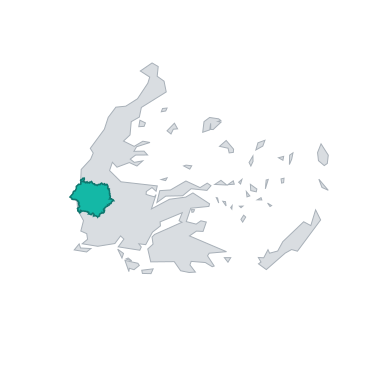 Dytikis Makedonias, Dytiki Makedonia, Greece shown in context, rotated 311°
{"feature_id": "26713481B79624114853188", "entity_name": "Dytikis Makedonias", "entity_type": "district", "adm_level": 2, "iso_a3": "GRC", "parent_name": "Greece", "parent_adm1": "Dytiki Makedonia", "projection": "natural_earth1", "projection_center": [21.387, 40.387], "detail": "fine", "context": "in_parent", "style": "filled", "palette": "teal", "viewbox_px": 384, "rotation_deg": 311, "n_neighbors": 0, "source": "geoboundaries", "source_scale": "gbopen_adm2", "svg_char_len": 8859}
<svg xmlns="http://www.w3.org/2000/svg" viewBox="0 0 384 384"><g transform="rotate(311 192 192)"><path d="M249.4,73.6L263.2,77.2L264.5,84.2L256.5,89.8L257.3,98.2L250.6,106.9L222.6,98.3L214.0,103.1L205.2,100.0L194.4,107.8L185.5,106.9L188.5,118.4L198.1,121.6L201.8,127.8L189.8,120.5L184.6,121.5L191.4,129.0L190.8,134.2L182.9,125.2L176.3,123.8L176.5,129.0L183.2,134.4L175.5,133.4L173.1,125.4L161.5,119.1L162.2,112.4L154.1,115.7L153.1,131.7L173.8,161.8L169.0,164.4L169.1,158.9L162.4,157.2L160.1,158.9L161.4,162.0L163.7,166.8L166.5,166.6L152.6,172.5L171.8,179.8L184.0,190.6L191.9,193.3L194.6,213.0L192.2,214.2L178.9,201.7L165.9,207.1L170.5,216.2L176.1,217.6L178.7,222.5L169.5,226.2L165.4,221.0L157.2,218.9L169.6,257.2L157.1,245.1L154.0,245.6L150.7,257.3L148.9,256.3L147.5,248.3L139.1,236.9L135.6,238.3L133.8,247.1L129.4,242.7L125.1,235.1L127.8,224.3L112.2,206.7L120.0,196.0L127.1,196.8L131.8,191.4L135.4,191.6L162.6,204.3L161.8,201.1L170.0,198.2L148.5,187.5L145.7,190.4L135.7,188.5L121.9,191.6L118.0,185.8L117.2,189.8L113.8,190.8L102.2,172.3L111.8,171.5L112.0,166.9L102.5,167.6L89.2,156.5L80.9,143.1L87.8,144.2L91.5,139.9L89.6,133.7L99.2,128.9L103.4,117.5L109.6,111.3L107.8,103.4L124.8,102.7L136.3,93.6L150.2,94.0L156.6,91.9L158.2,86.6L181.8,84.7L193.4,79.8L206.1,78.9L213.3,85.7L226.6,89.7L245.1,87.3L251.0,84.7L249.4,73.6ZM189.4,289.3L198.3,287.2L196.7,290.7L203.7,295.4L214.1,293.1L242.8,295.8L244.6,303.7L259.6,297.0L255.3,307.4L216.5,310.4L213.9,304.9L206.9,302.4L182.2,299.0L181.4,289.3L184.4,290.0L186.1,285.0L189.4,289.3ZM171.9,166.8L179.4,174.4L196.3,180.2L200.6,195.2L208.7,197.7L209.2,202.2L203.0,202.2L193.9,189.2L183.0,187.4L171.7,174.9L161.0,172.4L171.9,166.8ZM259.8,156.4L264.7,164.1L264.9,166.8L262.2,165.3L263.9,168.1L253.0,167.0L251.5,165.1L256.1,161.0L250.5,164.6L244.1,160.9L253.0,154.9L259.8,156.4ZM302.3,275.4L298.7,274.5L298.6,266.9L304.1,260.9L313.0,257.8L309.2,270.7L302.3,275.4ZM251.6,195.3L249.0,197.2L245.9,194.4L248.7,190.5L244.5,182.8L253.3,184.0L251.6,195.3ZM96.4,186.3L102.7,197.9L102.0,200.4L95.3,199.2L93.3,194.7L90.5,196.6L96.4,186.3ZM83.0,152.8L77.6,151.8L71.0,141.1L78.8,140.9L76.6,144.6L83.0,152.8ZM232.4,133.6L230.2,139.7L227.1,136.7L222.0,138.1L221.8,133.0L232.4,133.6ZM272.4,209.5L278.9,213.1L273.1,215.3L265.6,212.6L272.4,209.5ZM213.6,111.5L210.1,112.8L206.4,109.0L212.0,105.6L213.6,111.5ZM100.0,205.4L108.5,213.1L103.5,214.6L98.0,208.0L100.0,205.4ZM236.8,239.0L234.3,240.4L231.6,235.4L236.1,231.0L236.8,239.0ZM219.8,206.2L220.1,213.7L212.6,204.2L219.8,206.2ZM284.9,279.3L282.7,293.7L280.7,287.1L284.9,279.3ZM100.7,180.6L96.2,182.5L100.1,173.4L100.7,180.6ZM167.9,264.3L162.6,265.2L163.7,259.5L167.9,264.3ZM276.6,247.5L283.9,241.5L287.8,242.5L282.2,245.7L276.6,247.5ZM250.2,219.4L251.7,215.7L259.2,214.3L255.1,218.0L250.2,219.4ZM228.0,232.7L227.0,238.2L224.4,236.7L228.0,232.7ZM227.5,215.8L225.6,218.8L221.0,214.2L227.5,215.8ZM211.6,174.6L207.8,175.3L206.2,168.6L208.4,169.9L211.6,174.6ZM239.0,118.1L235.9,119.0L232.4,116.2L235.7,115.0L239.0,118.1ZM208.4,246.2L208.3,249.0L202.5,250.0L203.4,246.9L208.4,246.2ZM251.5,241.3L242.5,245.3L249.7,240.1L251.5,241.3ZM204.3,215.2L201.2,219.4L203.7,214.0L204.3,215.2ZM234.3,221.4L229.9,223.4L230.0,220.8L234.3,221.4ZM262.8,252.4L259.2,255.0L257.5,253.8L260.3,250.6L262.8,252.4ZM279.0,237.8L275.6,239.8L274.6,234.8L279.0,237.8ZM206.7,223.6L203.8,226.9L205.2,221.3L206.7,223.6ZM100.3,187.1L100.5,191.7L98.1,186.1L100.3,187.1ZM233.0,247.8L231.8,249.9L228.9,246.4L233.0,247.8ZM186.4,163.9L183.3,164.6L181.2,160.6L186.4,163.9ZM180.3,205.5L178.0,206.3L176.6,205.3L178.4,203.2L180.3,205.5ZM208.1,231.2L205.2,233.3L205.6,231.4L208.1,231.2ZM233.2,256.3L234.0,261.0L232.2,260.4L233.2,256.3ZM214.8,239.7L212.3,239.3L212.4,237.1L214.8,239.7Z" fill="#d9dde1" stroke="#a8b0b8" stroke-width="1"/><path d="M130.6,100.5L130.3,100.6L129.9,100.7L129.7,100.7L129.2,100.6L128.9,100.4L128.4,100.1L127.8,100.2L127.8,100.3L127.7,100.4L127.6,100.6L127.4,100.7L127.3,101.0L127.4,101.4L127.4,101.6L127.1,101.6L126.9,101.6L126.7,101.6L126.4,101.7L126.4,101.8L126.2,102.0L125.9,102.1L125.7,102.4L125.4,102.6L125.3,102.8L125.1,102.7L124.7,102.8L124.5,102.7L124.4,102.4L124.1,102.3L123.9,101.9L123.7,101.7L123.6,101.4L123.4,101.3L123.2,101.3L122.4,101.2L121.7,101.4L121.0,101.0L120.6,101.0L120.3,101.0L118.9,102.3L118.7,102.4L118.3,102.5L118.0,102.6L117.7,102.7L117.4,102.8L116.8,102.9L116.4,102.9L116.2,102.9L116.0,103.0L115.8,103.0L115.7,102.7L115.3,102.4L115.1,102.4L114.7,102.2L114.4,102.3L114.2,102.4L113.7,102.5L113.0,103.1L112.7,103.2L112.1,103.2L108.2,103.2L108.4,105.1L108.4,105.3L108.2,105.7L108.1,105.8L107.8,106.1L108.0,106.4L108.3,106.4L108.4,106.6L108.4,106.9L108.3,107.2L108.4,107.3L108.5,107.4L109.0,107.8L109.5,108.3L109.8,108.8L110.1,109.3L110.3,109.6L110.3,110.7L110.3,111.0L110.4,111.5L110.2,111.5L110.1,112.0L110.0,112.3L109.9,112.4L110.1,112.9L110.1,113.0L110.0,113.3L109.9,113.5L109.7,113.7L109.4,113.6L109.0,113.8L108.9,113.8L108.8,114.0L108.7,114.2L108.8,114.4L108.5,114.5L108.2,114.7L107.9,114.9L107.9,115.0L107.8,115.3L107.9,115.6L107.9,116.0L107.7,116.1L107.6,116.3L107.4,116.7L106.8,116.9L106.7,116.8L106.5,116.7L106.4,116.5L106.2,116.4L105.9,116.5L105.4,116.5L105.2,116.6L104.9,116.5L104.9,116.4L104.7,116.3L104.4,116.3L104.2,116.6L104.1,116.8L104.1,117.0L104.0,117.3L103.8,117.6L103.7,117.6L103.4,117.8L103.2,117.8L102.9,118.1L102.8,118.3L103.0,118.6L102.8,119.0L102.9,119.3L103.0,119.5L102.9,119.9L103.0,120.3L102.9,120.4L102.8,120.5L102.7,120.5L102.5,120.8L102.9,121.1L103.7,121.3L104.4,121.1L104.5,120.4L104.7,120.2L104.8,119.9L105.1,119.9L105.3,120.6L105.3,121.4L105.9,122.1L106.5,122.6L106.7,123.0L107.0,123.4L107.1,123.9L107.6,124.2L107.9,125.2L108.3,125.4L108.5,125.7L108.5,125.9L108.3,126.2L108.3,126.3L108.7,126.3L108.7,127.1L108.9,127.3L108.9,127.6L108.1,128.0L107.9,128.3L107.6,128.3L108.0,128.8L108.0,129.1L108.4,129.5L108.5,129.7L108.4,130.1L108.7,130.4L108.7,130.6L108.9,130.8L109.0,131.0L109.7,131.0L110.2,130.7L110.8,130.8L111.1,131.1L111.0,131.8L111.0,132.3L110.9,132.5L110.7,133.1L110.4,133.3L110.2,133.2L109.9,133.0L109.7,132.9L109.4,133.2L109.5,133.2L109.5,133.4L109.7,133.5L110.0,133.7L110.1,133.9L110.0,134.1L110.4,134.5L110.7,134.6L110.9,134.8L111.1,135.2L111.0,135.7L111.3,136.2L111.2,136.4L111.4,136.7L111.5,137.1L111.4,137.2L111.6,137.2L112.3,137.7L112.5,137.6L112.8,137.7L113.3,137.9L113.8,137.2L114.3,137.3L114.5,137.2L114.7,136.9L115.0,137.0L115.2,136.9L115.4,137.0L115.8,137.1L115.9,137.3L116.3,137.3L117.0,138.0L117.3,137.9L117.6,137.6L117.8,138.3L118.1,138.9L118.7,138.6L119.0,138.6L119.1,138.9L119.4,138.8L119.5,138.8L119.6,138.5L119.9,138.5L120.5,138.2L120.3,138.0L120.6,137.5L120.2,137.5L120.2,137.4L120.3,137.1L120.6,136.9L120.7,136.7L120.8,136.6L121.1,136.8L121.2,136.6L121.6,136.5L121.9,136.5L122.1,136.6L122.2,136.9L122.6,136.6L123.0,136.7L123.3,136.5L123.6,136.7L124.2,136.9L124.7,136.9L125.0,136.7L125.6,137.4L126.0,137.6L126.3,137.6L126.5,137.4L126.8,137.4L126.9,137.2L127.0,137.6L127.4,137.8L127.5,138.0L128.3,138.0L128.8,137.4L128.9,137.6L129.3,137.6L129.5,137.8L129.5,138.0L130.0,138.0L130.6,138.2L130.6,138.3L131.9,137.8L133.1,138.0L133.5,138.2L134.1,138.2L134.2,138.4L134.3,138.1L134.4,137.8L134.2,137.4L134.3,137.2L134.1,136.8L133.8,136.4L134.1,136.0L134.1,135.7L133.6,135.0L133.1,135.0L132.8,134.5L133.1,134.6L133.4,134.6L134.0,134.1L134.1,133.6L134.7,133.6L135.2,133.2L135.5,132.8L135.5,132.0L136.5,131.5L136.5,131.4L136.4,131.1L136.4,130.9L136.7,130.8L137.0,130.9L137.2,130.3L137.5,130.0L137.7,129.9L138.3,129.3L138.6,129.1L139.0,128.4L139.4,127.9L139.0,127.4L139.2,127.0L139.5,126.8L139.8,127.2L140.0,127.3L140.0,126.7L139.8,126.4L139.5,126.1L139.5,125.9L139.8,125.6L140.3,125.4L140.6,125.2L141.3,124.8L141.4,124.2L141.7,123.7L141.6,123.4L141.8,123.1L142.0,123.0L142.0,122.8L141.7,122.5L141.1,122.5L140.8,122.1L140.3,121.9L140.1,121.7L140.2,121.1L140.9,120.7L140.8,120.4L140.1,120.6L139.7,120.0L139.3,119.9L139.2,119.7L139.2,119.2L139.4,118.8L139.4,118.5L139.5,118.0L139.1,117.9L138.6,117.6L138.0,117.7L137.5,117.8L137.2,117.8L137.1,117.6L137.4,117.4L136.9,116.9L136.5,116.8L136.2,116.3L135.7,116.2L135.5,116.3L135.0,116.1L134.7,116.1L134.7,115.7L134.5,114.9L134.3,114.8L134.0,114.4L133.7,114.1L133.7,113.7L133.8,113.4L134.2,113.2L134.2,112.9L133.7,112.5L133.5,112.4L133.4,112.2L133.5,111.7L133.4,111.4L133.4,111.0L133.4,110.6L133.8,110.3L134.0,109.2L132.9,108.9L132.6,108.7L132.3,108.3L132.1,108.4L132.0,108.7L131.8,108.6L131.5,108.7L131.4,108.5L131.4,108.2L131.3,107.7L130.4,107.1L130.9,106.1L130.2,105.8L129.9,106.0L129.7,105.9L129.6,106.0L129.1,105.6L129.4,105.3L129.2,104.9L129.4,104.7L129.2,104.2L128.9,104.0L128.8,103.7L128.6,103.5L128.3,102.9L128.7,102.7L129.1,102.7L129.1,102.8L129.0,103.1L129.4,103.0L129.7,102.9L129.8,102.8L130.3,102.7L130.6,102.5L131.0,102.4L131.2,102.1L131.8,101.7L131.8,101.4L131.5,101.4L131.3,101.3L131.2,101.3L130.9,100.8L130.6,100.5Z" fill="#14b8a6" stroke="#0f766e" stroke-width="1.5"/></g></svg>